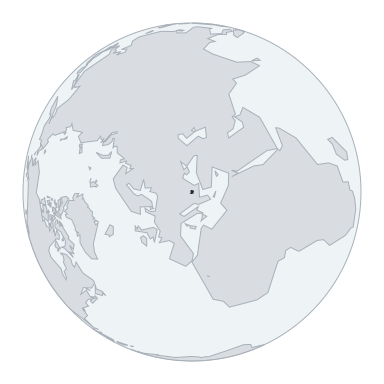 globe centered on Lovech, rotated 277°
{"feature_id": "BGR-2247", "entity_name": "Lovech", "entity_type": "Province", "adm_level": 1, "iso_a3": "BGR", "parent_name": "Bulgaria", "parent_adm1": "", "projection": "orthographic", "projection_center": [24.557, 43.037], "detail": "fine", "context": "on_globe", "style": "filled", "palette": "slate", "viewbox_px": 384, "rotation_deg": 277, "n_neighbors": 0, "source": "natural_earth", "source_scale": "10m", "svg_char_len": 10938}
<svg xmlns="http://www.w3.org/2000/svg" viewBox="0 0 384 384"><g transform="rotate(277 192 192)"><circle cx="192" cy="192" r="169" fill="#eef3f6" stroke="#a8b0b8"/><path d="M128.0,35.6L134.4,33.9L129.6,35.6L132.3,35.1L138.5,33.1L141.9,32.0L159.5,30.4L180.1,28.6L186.4,27.0L185.2,28.5L196.9,25.2L208.0,25.4L195.6,26.0L194.4,26.7L202.0,26.9L202.4,27.8L206.3,28.6L206.1,29.8L198.9,30.5L198.7,31.4L204.1,31.5L207.3,33.1L199.4,32.7L204.2,35.5L193.1,38.1L172.3,37.5L166.1,41.4L144.8,47.5L146.8,48.5L140.0,52.0L139.8,54.6L135.9,55.4L139.1,56.8L142.7,55.6L145.3,56.0L145.5,57.5L140.6,58.6L139.8,58.0L138.4,59.2L135.9,59.2L137.2,60.0L131.3,61.5L137.4,62.4L132.8,65.6L128.8,65.9L129.0,62.8L120.0,57.1L116.0,57.1L110.1,60.0L99.6,71.6L95.2,73.2L89.5,77.7L92.0,78.0L97.4,74.7L100.6,76.7L106.8,72.9L109.0,73.3L115.4,70.9L114.7,74.7L110.5,79.9L105.1,82.2L103.1,84.7L108.4,85.5L98.5,93.3L92.4,104.6L89.8,106.5L84.4,104.0L83.9,95.8L76.9,94.2L81.7,99.0L75.2,104.2L74.2,106.7L74.7,108.8L77.2,108.4L75.0,111.2L69.5,107.0L71.4,104.5L73.2,105.7L72.9,102.1L69.1,100.0L66.1,103.2L63.6,97.9L61.5,100.2L59.7,100.6L63.3,97.1L56.7,103.4L53.4,100.6L44.3,112.5L53.0,99.1L55.9,93.9L58.7,89.2L57.2,90.9L62.9,83.1L63.8,81.9L72.9,72.2L82.7,63.2L93.1,55.0L104.2,47.6L115.9,41.2L128.0,35.6ZM28.4,150.0L28.4,149.7L28.0,153.0L26.1,160.1L27.3,157.1L26.1,163.9L26.3,176.1L25.8,176.7L25.7,195.7L28.6,211.0L29.2,219.0L28.6,220.9L30.3,225.9L30.3,228.1L39.6,247.7L46.6,261.5L47.9,268.8L45.0,270.5L49.4,282.5L48.4,281.1L42.3,270.3L36.9,259.1L32.4,247.6L28.8,235.7L26.0,223.7L24.2,211.4L23.2,199.1L23.1,186.7L24.0,174.3L25.7,162.1L28.4,150.0ZM42.0,115.8L35.4,132.8L36.7,126.9L36.9,127.1L39.1,121.9L42.4,114.5L44.2,110.2L42.0,115.8ZM44.4,114.6L45.4,112.2L44.8,114.1L44.4,114.6ZM143.3,31.4L138.5,33.0L132.8,34.7L136.7,33.2L143.3,31.4ZM154.3,29.3L152.2,30.1L149.4,30.0L151.5,29.6L154.3,29.3ZM190.8,25.9L186.8,26.0L190.5,25.6L190.8,25.9ZM206.9,28.5L207.9,28.3L209.5,28.8L206.9,28.5ZM115.4,69.0L115.4,69.9L114.2,69.9L115.4,69.0ZM118.2,67.2L116.8,66.5L117.9,65.5L118.8,66.0L118.2,67.2ZM210.7,31.2L212.9,32.3L209.4,31.2L210.7,31.2ZM119.6,68.3L120.1,64.0L122.1,62.4L126.9,62.9L119.6,68.3ZM213.4,33.1L219.0,36.2L221.7,35.7L217.2,39.1L214.0,35.1L209.2,33.7L212.6,33.9L213.4,33.1ZM143.7,54.6L139.9,55.9L142.9,53.5L143.7,54.6ZM145.0,53.0L150.5,45.8L156.3,44.9L153.3,47.4L160.6,45.4L160.7,48.4L156.7,50.3L152.9,50.1L155.8,51.5L145.0,53.0ZM213.8,40.6L214.1,41.6L212.4,40.7L213.8,40.6ZM146.6,55.9L147.2,54.4L152.2,53.5L151.9,56.4L150.4,55.7L146.6,55.9ZM162.4,43.4L166.1,43.4L167.2,45.9L168.8,46.2L161.2,48.5L162.4,43.4ZM149.3,56.7L151.6,57.9L149.4,59.8L146.3,57.4L149.3,56.7ZM153.6,52.1L156.0,51.9L154.6,52.9L153.6,52.1ZM143.0,67.6L143.6,65.6L146.3,64.9L143.0,67.6ZM152.6,58.2L153.4,57.6L154.5,57.1L155.5,58.3L152.6,58.2ZM162.5,50.1L162.1,51.3L165.6,49.3L166.6,51.3L161.3,52.5L164.0,52.8L164.3,53.4L159.7,53.8L162.5,50.1ZM159.9,58.3L153.6,60.8L151.9,64.6L149.4,65.3L152.6,59.1L159.9,58.3ZM160.2,55.6L159.5,57.4L156.8,57.1L155.7,55.8L160.2,55.6ZM169.1,52.3L169.0,48.9L170.2,48.8L169.1,52.3ZM159.9,59.4L161.5,58.8L160.1,59.7L159.9,59.4ZM166.9,54.4L166.7,53.2L168.0,53.1L166.9,54.4ZM164.7,58.6L162.7,59.4L161.8,58.5L164.7,58.6ZM166.1,56.7L168.0,56.9L162.7,57.7L165.8,56.2L166.1,56.7ZM168.2,54.5L168.9,54.0L168.1,55.0L168.2,54.5ZM169.1,62.0L162.7,63.2L160.8,61.0L167.3,60.1L169.1,62.0ZM92.8,269.6L82.3,243.2L87.3,236.7L88.1,226.1L122.4,200.5L129.9,205.1L157.1,205.6L160.6,207.5L157.5,216.2L178.1,228.9L184.5,221.8L203.0,227.3L215.2,226.1L219.3,208.9L199.3,210.6L195.7,202.5L211.5,194.0L229.0,192.7L228.1,189.5L217.0,183.7L220.8,177.0L213.1,181.1L216.3,184.2L211.6,187.0L208.3,184.5L209.8,182.1L204.5,181.1L198.8,193.2L201.4,197.6L187.7,200.1L190.8,207.8L187.1,211.4L180.4,199.9L181.0,195.6L168.7,182.4L166.8,187.1L178.3,200.0L174.8,198.9L172.4,205.9L171.4,199.7L159.4,185.0L146.9,186.0L131.1,200.9L123.7,200.4L117.5,194.9L123.0,177.7L138.9,180.7L141.0,175.3L137.7,165.7L142.8,167.7L143.3,164.4L149.3,165.2L157.5,158.4L163.6,158.4L166.7,148.5L170.2,147.3L167.4,153.4L168.6,157.9L183.6,158.4L186.5,156.3L187.3,150.0L191.3,151.2L190.2,145.0L198.7,142.4L187.3,140.6L188.0,133.7L193.0,128.5L191.2,126.1L183.0,134.6L181.5,138.5L183.5,142.2L177.8,153.1L172.7,154.6L170.9,142.4L163.5,143.5L165.4,134.0L186.5,115.7L195.4,112.2L210.4,120.3L208.4,124.7L202.1,123.9L208.1,130.8L207.5,127.2L210.9,128.4L212.3,122.7L214.8,123.2L212.0,116.9L215.1,117.0L216.8,121.0L221.7,113.1L228.2,112.1L228.1,110.1L226.2,108.2L235.8,108.4L235.3,106.9L232.0,106.3L228.9,103.0L227.1,97.5L230.5,97.9L231.6,99.9L239.0,104.9L241.4,110.6L242.6,110.3L241.3,105.5L232.3,99.2L230.3,95.8L234.9,98.2L233.0,97.0L233.1,95.5L236.3,94.4L231.4,91.7L227.4,75.7L233.3,72.5L237.9,76.0L238.7,66.5L245.2,64.5L242.2,63.7L240.5,59.2L238.4,59.8L236.8,59.1L231.5,48.9L232.9,47.1L227.2,42.6L225.6,42.4L224.3,43.4L217.2,39.1L221.7,35.7L225.1,36.4L225.6,34.2L233.2,36.3L239.7,37.3L247.7,41.5L252.1,42.3L251.8,41.4L257.6,42.0L270.7,47.2L261.5,46.9L242.2,41.7L250.2,44.0L248.8,44.8L251.9,46.5L257.5,48.2L257.9,47.6L269.0,58.6L283.3,67.8L281.3,63.0L284.3,62.5L298.9,70.7L318.6,93.1L322.8,94.3L325.8,97.3L328.4,102.6L324.0,98.2L322.9,99.8L320.0,96.8L322.7,104.3L318.6,100.3L322.7,108.5L325.8,110.0L324.9,104.5L330.1,113.8L334.6,114.6L339.7,121.0L347.7,141.7L349.0,154.0L350.0,156.8L348.1,157.6L349.2,166.6L355.7,173.5L356.7,177.6L356.8,192.2L356.2,189.4L351.1,191.4L352.8,202.3L356.7,203.2L358.2,209.9L356.3,212.3L354.6,206.7L352.7,207.2L351.4,198.3L346.2,189.0L344.2,196.5L342.6,191.3L335.3,186.0L331.3,196.4L326.3,220.6L328.6,234.4L325.6,243.6L314.5,230.7L309.1,218.8L305.4,222.9L293.7,216.6L274.5,225.6L271.5,222.7L268.0,226.2L259.7,225.1L255.0,219.9L250.2,222.0L262.6,235.4L267.8,233.2L271.8,224.9L274.3,230.2L282.2,232.2L274.4,250.1L245.5,271.4L242.2,261.3L218.1,234.1L218.6,230.3L218.5,229.9L218.1,229.2L216.4,235.5L212.1,229.6L225.4,250.2L227.8,259.1L245.1,272.1L243.6,274.2L249.0,276.1L265.9,267.2L266.1,270.6L258.3,288.6L234.6,313.3L237.5,324.0L235.5,333.0L220.2,340.6L221.2,345.8L213.2,348.5L212.5,351.1L205.9,354.1L195.0,356.6L176.9,356.2L176.1,354.4L167.6,349.5L155.8,335.1L160.7,328.5L159.2,322.2L146.1,305.3L149.0,296.7L145.4,292.2L138.1,291.8L133.9,286.1L129.5,284.9L101.4,279.6L92.8,269.6ZM110.9,216.9L110.0,220.1L110.9,216.9ZM247.8,199.7L258.0,197.4L252.7,187.9L256.2,186.3L253.1,183.9L252.2,187.3L244.6,180.1L248.7,175.6L247.1,171.2L243.6,171.8L237.3,181.3L248.2,191.4L246.2,196.5L247.8,199.7ZM26.4,176.4L26.2,179.2L26.0,177.3L26.4,176.4ZM35.7,128.7L34.9,131.3L34.0,133.6L34.4,132.1L35.7,128.7ZM31.9,149.6L31.5,153.1L31.3,150.6L31.9,149.6ZM34.6,135.3L32.1,147.1L31.8,143.3L33.6,136.0L33.1,139.4L34.6,135.3ZM42.3,117.1L41.5,119.1L40.9,119.8L42.3,117.1ZM44.0,116.1L44.1,115.6L45.0,113.9L44.0,116.1ZM75.5,104.4L75.9,104.8L75.8,107.3L74.7,106.8L75.5,104.4ZM82.4,114.9L78.7,119.1L80.6,115.6L78.3,115.6L79.3,108.5L88.6,107.1L84.2,108.8L82.4,114.9ZM83.3,99.1L81.6,103.4L83.1,98.8L83.3,99.1ZM140.6,146.5L142.7,149.2L140.4,152.7L132.8,153.6L136.0,148.4L140.6,146.5ZM146.1,152.2L146.5,140.5L151.3,139.8L148.6,142.1L151.7,142.8L148.1,146.8L152.2,158.0L150.5,162.0L137.3,160.9L142.6,158.9L140.3,156.3L146.1,152.2ZM139.2,115.0L139.4,110.8L149.5,114.5L148.1,118.1L140.4,119.0L137.5,115.4L139.2,115.0ZM128.1,70.4L127.6,69.3L128.9,68.8L130.5,69.5L128.1,70.4ZM143.1,66.7L132.0,75.5L130.8,74.5L125.7,81.3L120.6,81.4L124.1,76.9L116.3,82.3L117.4,78.3L112.5,82.3L120.7,72.3L121.3,69.2L122.6,72.6L127.3,72.5L129.5,71.5L136.3,66.7L139.9,60.4L145.2,59.7L147.9,60.8L147.8,62.2L144.4,62.2L146.8,64.1L141.8,65.1L143.1,66.7ZM176.8,79.7L172.9,78.3L176.7,83.9L171.8,84.3L172.5,85.0L169.0,87.0L166.0,90.7L163.8,90.3L163.6,91.9L161.3,93.4L160.3,95.6L155.9,95.8L154.3,98.6L153.1,97.1L151.5,101.8L150.7,98.5L147.6,100.4L150.1,102.6L128.7,100.4L120.4,102.6L113.9,106.5L113.4,100.7L119.1,93.6L127.8,87.1L135.9,86.0L134.2,83.7L137.5,82.6L137.5,84.9L139.6,80.8L142.3,80.6L150.0,75.9L151.4,70.7L154.2,69.0L155.1,70.9L157.3,67.9L160.9,70.5L163.0,69.4L168.7,71.1L169.1,75.8L171.5,74.3L175.9,75.7L176.8,79.7ZM170.6,62.6L172.3,67.6L170.4,70.5L161.3,66.4L158.9,67.0L153.0,64.9L155.9,60.9L157.3,61.9L159.4,61.9L157.6,63.1L160.5,62.1L162.6,63.5L165.4,63.1L165.1,64.8L170.6,62.6ZM164.4,204.5L167.0,205.1L171.2,205.0L169.7,209.6L164.4,204.5ZM156.0,194.6L158.4,194.3L158.3,200.4L155.6,199.9L156.0,194.6ZM159.7,189.1L158.5,193.8L157.5,191.0L159.7,189.1ZM169.6,152.9L172.1,152.3L172.4,153.8L171.0,156.0L169.6,152.9ZM187.0,97.9L185.1,96.2L185.8,95.5L184.6,90.6L188.2,90.1L190.3,92.8L187.0,97.9ZM215.9,212.2L212.4,215.8L210.5,214.5L212.1,213.5L215.9,212.2ZM189.9,213.6L195.9,215.6L189.5,214.8L189.9,213.6ZM190.7,96.5L189.8,94.5L192.1,95.5L190.7,96.5ZM190.7,89.5L193.5,90.2L188.4,89.5L190.7,89.5ZM263.3,324.5L250.7,340.6L243.1,342.7L242.2,339.6L247.2,330.6L256.3,325.7L260.9,320.3L263.3,324.5ZM358.2,222.2L357.6,225.0L358.2,221.6L359.1,217.1L358.2,222.2ZM358.1,222.0L356.3,224.2L350.8,218.1L352.8,214.4L358.0,213.2L357.8,215.8L358.9,215.5L358.1,222.0ZM360.4,205.3L360.3,207.0L360.1,202.4L360.2,197.5L360.6,194.8L359.6,172.0L359.7,171.1L360.5,179.5L361.0,192.5L360.4,205.3ZM329.4,235.1L332.9,240.3L331.0,243.6L329.4,235.1ZM357.4,159.2L359.0,168.8L357.0,157.9L357.4,159.2ZM355.2,150.4L356.0,152.7L355.5,152.0L355.2,150.4ZM351.6,160.5L351.4,164.0L350.5,162.3L350.3,156.7L351.6,160.5ZM343.6,126.6L346.7,131.9L347.8,134.3L346.2,132.4L343.6,126.6ZM219.7,91.9L217.5,99.0L218.2,104.3L222.4,107.4L215.6,106.3L214.5,98.1L219.7,91.9ZM226.1,77.5L222.5,75.2L224.6,74.5L225.8,74.9L226.1,77.5ZM223.5,77.4L218.0,77.9L216.4,75.5L221.0,75.5L223.5,77.4ZM204.4,86.7L203.5,88.8L201.6,87.8L204.4,86.7ZM356.0,151.4L357.0,155.7L355.4,149.2L356.0,151.4ZM356.8,154.9L356.0,152.2L355.7,150.4L356.8,154.9ZM355.2,148.2L354.1,144.4L354.5,145.6L355.2,148.2ZM353.9,146.3L354.7,146.6L355.1,150.6L351.3,141.1L350.8,138.2L353.9,146.3ZM326.9,94.6L324.8,92.7L323.3,89.9L325.1,91.9L326.9,94.6ZM316.5,80.0L322.3,88.6L326.5,96.1L327.0,95.5L331.1,100.9L328.5,99.5L322.9,91.3L320.3,86.4L316.5,82.5L312.4,77.5L308.0,74.2L305.2,71.3L308.4,72.9L316.5,80.0ZM306.2,73.1L297.0,66.7L295.8,63.5L297.5,64.1L302.2,68.3L302.6,69.7L306.2,73.1ZM294.4,64.3L294.7,65.7L281.9,61.6L278.8,60.0L287.9,60.9L288.7,62.4L292.1,64.1L294.4,64.3ZM215.8,41.5L214.3,41.6L215.1,40.9L215.8,41.5ZM235.7,59.6L233.7,58.6L234.7,57.6L235.7,59.6ZM228.5,55.4L228.8,57.2L227.1,55.1L228.5,55.4ZM229.8,61.3L228.3,57.8L231.7,61.4L229.8,61.3Z" fill="#d9dde1" stroke="#a8b0b8" stroke-width="1"/><path d="M192.4,193.0L192.3,192.9L192.2,192.9L192.1,192.7L191.9,192.7L191.7,192.8L191.4,192.8L191.1,192.8L191.1,192.7L191.1,192.4L190.9,192.2L190.8,191.9L190.7,191.8L190.7,191.7L190.8,191.8L190.9,191.7L191.0,191.4L191.3,191.4L191.5,191.4L191.8,191.4L191.9,191.5L192.0,191.5L192.1,191.4L192.3,191.3L192.4,191.2L192.6,191.2L192.8,191.2L193.0,191.1L193.2,191.3L193.2,191.5L192.9,191.5L192.8,191.8L192.8,192.0L192.7,192.1L192.7,192.3L192.8,192.5L193.0,192.7L193.0,192.8L192.9,192.8L192.7,193.0L192.6,192.9L192.5,193.0L192.4,193.0Z" fill="#64748b" stroke="#1e293b" stroke-width="1.5"/></g></svg>